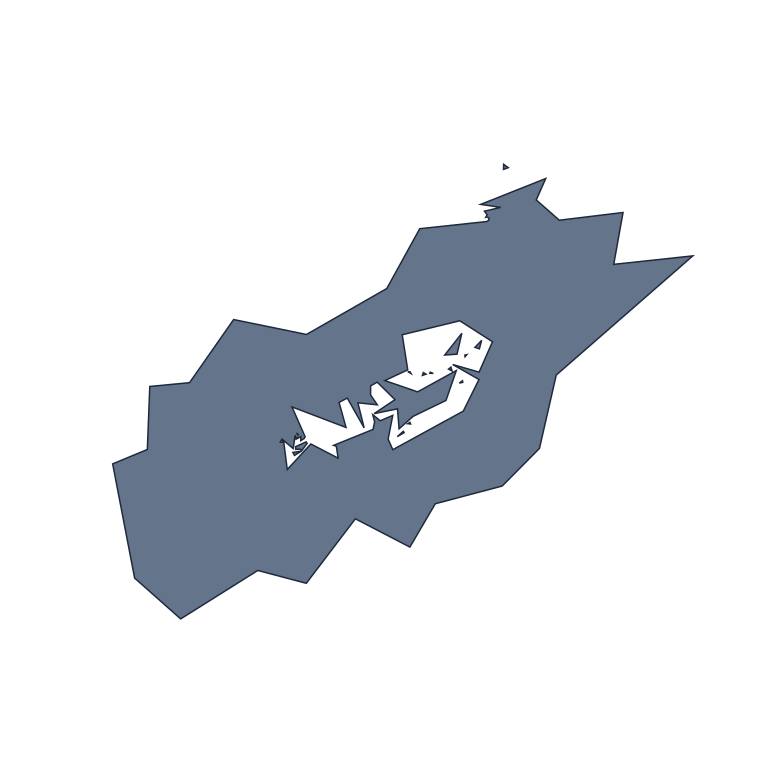 outline of Chepo, Panama, rotated 138°
{"feature_id": "35544464B69999703107277", "entity_name": "Chepo", "entity_type": "district", "adm_level": 2, "iso_a3": "PAN", "parent_name": "Panama", "parent_adm1": "", "projection": "orthographic", "projection_center": [-78.725, 9.102], "detail": "medium", "context": "isolated", "style": "filled", "palette": "slate", "viewbox_px": 768, "rotation_deg": 138, "n_neighbors": 0, "source": "geoboundaries", "source_scale": "gbopen_adm2", "svg_char_len": 1986}
<svg xmlns="http://www.w3.org/2000/svg" viewBox="0 0 768 768"><g transform="rotate(138 384 384)"><path d="M639.1,506.2L699.2,406.6L692.3,345.5L602.6,329.9L575.1,287.9L495.5,303.0L473.9,245.5L426.0,260.7L364.4,229.1L311.6,232.1L250.0,275.4L68.8,272.6L133.2,319.2L91.6,351.5L144.1,388.4L147.7,418.9L126.3,428.5L192.0,452.8L179.1,437.2L193.7,445.2L194.1,440.8L196.8,439.8L195.9,439.4L194.9,437.1L196.6,435.7L198.8,435.9L253.5,475.5L318.0,453.1L408.5,472.7L452.6,532.5L527.6,515.1L559.7,538.9L603.7,493.7L639.1,506.2ZM337.5,408.4L285.4,380.3L275.1,342.8L305.4,329.2L319.9,352.5L310.4,323.8L343.2,310.8L421.4,329.3L417.8,340.3L398.5,354.8L411.4,359.2L412.9,368.7L416.3,362.1L422.6,357.6L462.5,372.1L461.1,369.6L467.7,359.6L478.5,388.4L513.1,385.2L496.4,409.3L494.7,396.8L484.3,405.4L486.2,401.8L481.0,400.5L483.8,397.6L479.7,396.9L477.9,397.6L467.7,428.5L441.3,377.1L429.7,400.4L420.7,398.1L428.1,364.7L416.0,387.5L402.9,373.0L401.3,384.8L395.1,391.6L387.8,389.9L386.3,365.0L411.2,368.6L390.6,356.5L402.8,340.6L384.1,340.5L348.9,330.3L321.3,345.6L364.3,355.7L381.1,386.0L356.9,378.6L337.5,408.4ZM497.8,408.1L500.0,410.2L496.9,411.3L497.8,408.1ZM485.8,402.4L485.5,402.3L483.0,402.0L485.6,401.8L485.8,402.4ZM482.3,404.3L481.8,405.2L481.1,403.1L482.3,404.3ZM309.8,357.3L292.2,369.6L319.5,364.9L309.8,357.3ZM282.2,351.1L289.6,346.3L291.9,350.4L282.2,351.1ZM489.6,389.5L480.8,391.3L480.6,393.1L491.7,396.6L493.3,394.5L489.8,391.6L489.6,389.5ZM409.4,336.0L401.6,334.4L401.3,335.9L409.4,336.0ZM151.6,463.5L146.9,461.6L148.1,467.2L151.6,463.5ZM498.3,390.8L490.3,389.4L497.5,394.1L498.3,390.8ZM349.7,364.7L346.2,363.2L347.1,366.2L349.7,364.7ZM392.9,338.6L391.0,336.5L390.4,338.2L392.9,338.6ZM326.1,351.9L324.7,348.2L323.0,351.7L326.1,351.9ZM327.4,334.3L324.4,332.5L323.5,333.9L327.4,334.3ZM358.1,377.3L356.9,373.7L356.5,375.6L358.1,377.3ZM305.5,350.0L302.8,350.4L304.6,351.4L305.5,350.0ZM342.8,361.3L340.3,358.9L341.7,361.8L342.8,361.3Z" fill="#64748b" stroke="#1e293b" stroke-width="1.5"/></g></svg>